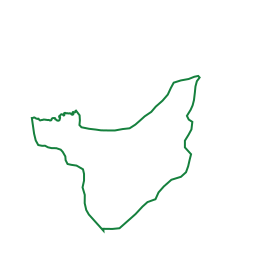 Pochon, Ryanggang, North Korea (Mercator projection), rotated 48°
{"feature_id": "82179303B51146356154870", "entity_name": "Pochon", "entity_type": "district", "adm_level": 2, "iso_a3": "PRK", "parent_name": "North Korea", "parent_adm1": "Ryanggang", "projection": "mercator", "projection_center": [128.323, 41.648], "detail": "fine", "context": "isolated", "style": "outline", "palette": "green", "viewbox_px": 256, "rotation_deg": 48, "n_neighbors": 0, "source": "geoboundaries", "source_scale": "gbopen_adm2", "svg_char_len": 3935}
<svg xmlns="http://www.w3.org/2000/svg" viewBox="0 0 256 256"><g transform="rotate(48 128 128)"><path d="M83.7,203.8L85.7,201.5L88.8,200.4L91.9,198.2L95.0,194.8L99.1,192.5L102.1,192.5L107.2,193.6L110.2,195.9L114.3,197.0L117.4,194.8L121.5,191.4L128.6,189.1L132.7,191.4L137.7,195.9L141.7,201.5L148.8,204.9L154.9,210.5L161.0,213.9L166.1,215.0L176.2,215.0L187.9,215.0L186.4,213.8L192.6,207.1L196.8,201.4L196.9,191.3L197.0,180.0L196.1,169.9L196.1,163.1L199.3,155.2L196.3,148.4L195.4,140.5L195.5,130.4L199.7,121.3L199.7,114.5L196.7,108.9L192.7,103.2L189.7,98.7L184.6,98.7L180.5,98.7L175.5,94.2L173.5,87.4L171.5,81.8L166.5,76.1L162.4,77.2L158.4,76.1L156.4,69.3L154.4,64.8L151.4,60.3L146.4,54.6L142.3,50.1L139.3,45.5L138.7,42.4L138.4,41.0L136.3,41.0L134.3,44.4L132.2,50.1L128.0,56.9L124.9,63.7L126.9,69.3L129.8,76.1L130.8,84.1L130.7,93.1L131.6,99.9L130.5,107.8L130.5,114.6L130.4,120.3L129.3,127.0L125.2,132.7L121.0,139.5L116.9,144.0L111.7,149.6L107.6,153.0L102.5,157.5L96.3,162.1L93.3,162.1L90.2,158.7L86.2,155.5L80.3,155.0L80.2,155.4L80.2,155.6L80.3,155.7L80.3,155.9L80.4,156.0L80.5,156.1L80.7,156.4L80.8,156.6L80.9,156.8L80.8,157.1L80.7,157.4L80.6,157.5L80.4,157.6L80.2,157.8L79.9,157.9L79.7,157.9L79.4,158.0L79.3,158.3L79.4,158.5L79.4,158.8L79.5,159.0L79.8,159.3L80.1,159.4L80.3,159.3L80.5,159.3L80.8,159.3L81.0,159.3L81.2,159.5L81.2,159.8L81.1,160.1L81.0,160.3L80.9,160.5L80.7,160.6L80.4,160.8L80.2,160.9L79.8,160.9L79.5,160.9L79.4,160.9L79.1,160.9L78.9,161.0L78.7,161.1L78.4,161.2L78.3,161.4L78.1,161.4L78.0,161.6L77.9,161.7L77.8,161.8L77.7,162.0L77.5,162.3L77.4,162.5L77.2,162.7L77.1,162.8L76.8,163.0L76.7,163.0L76.4,163.3L76.2,163.4L76.2,163.5L76.0,163.8L75.9,163.9L75.8,164.0L75.7,164.2L75.6,164.3L75.4,164.3L75.2,164.4L74.9,164.5L74.7,164.6L74.6,164.8L74.4,165.0L74.3,165.3L74.3,165.5L74.4,165.8L74.5,165.9L74.7,166.0L74.8,166.1L75.1,166.2L75.2,166.3L75.3,166.3L75.6,166.5L75.8,166.7L75.8,166.9L75.8,167.1L75.7,167.2L75.7,167.4L75.6,167.5L75.4,167.5L75.2,167.5L74.8,167.5L74.7,167.5L74.4,167.5L74.2,167.6L73.9,167.8L73.6,168.0L73.4,168.1L73.2,168.3L73.1,168.6L73.1,168.9L73.1,169.1L73.2,169.4L73.2,169.6L73.3,169.8L73.3,170.0L73.3,170.3L73.2,170.5L73.2,171.0L73.2,171.3L73.3,171.4L73.4,171.5L73.5,171.6L73.8,171.8L74.0,171.8L74.1,171.7L74.3,171.5L74.4,171.4L74.5,171.5L74.8,171.5L75.0,171.7L75.1,171.8L75.3,172.0L75.4,172.3L75.4,172.5L75.5,172.6L75.7,172.8L75.9,173.0L76.0,173.1L76.1,173.3L76.2,173.6L76.3,173.8L76.2,174.0L76.2,174.3L76.1,174.5L76.0,174.8L75.9,174.9L75.8,175.1L75.6,175.2L75.5,175.3L75.3,175.4L75.2,175.5L74.9,175.7L74.7,175.7L74.4,175.7L74.1,175.7L73.9,175.8L73.7,175.8L73.4,176.0L73.2,176.0L72.9,176.2L72.7,176.1L72.4,175.9L72.2,175.9L72.0,175.7L71.9,175.7L71.7,175.7L71.6,175.8L71.3,176.1L71.2,176.2L71.1,176.3L71.0,176.5L70.8,176.7L70.6,176.9L70.4,177.2L70.3,177.3L70.3,177.5L70.2,177.7L70.1,177.9L70.1,178.0L70.2,178.4L70.2,178.6L70.3,178.7L70.4,178.9L70.5,179.0L70.7,179.4L70.7,179.6L70.8,179.8L70.8,180.0L70.7,180.2L70.6,180.3L70.5,180.5L70.4,180.5L70.2,180.7L70.2,180.9L70.1,181.0L69.9,181.1L69.7,181.2L69.4,181.3L69.2,181.4L69.0,181.5L68.9,181.6L68.7,181.9L68.6,182.0L68.4,182.3L68.2,182.5L67.9,182.7L67.8,182.8L67.7,182.9L67.6,183.0L67.3,183.2L67.2,183.3L66.9,183.5L66.7,183.8L66.4,184.0L66.2,184.1L66.0,184.3L65.9,184.4L65.7,184.6L65.5,184.8L65.3,185.0L65.2,185.2L65.1,185.3L65.0,185.6L65.0,185.8L64.9,185.9L64.9,186.0L64.7,186.3L64.5,186.5L64.4,186.6L64.3,186.8L64.2,187.0L64.0,187.4L63.9,187.6L63.8,187.9L63.7,188.0L63.4,188.3L63.2,188.3L62.8,188.4L62.6,188.4L62.4,188.4L62.1,188.4L61.9,188.4L61.7,188.4L61.4,188.4L61.2,188.3L60.9,188.5L60.8,188.8L60.8,189.0L60.6,189.1L60.5,189.3L60.3,189.4L60.1,189.6L59.9,189.7L59.7,189.8L59.3,190.0L59.0,190.1L58.7,190.2L58.2,190.3L57.8,190.4L57.6,190.5L57.3,190.8L57.2,191.0L57.0,191.4L57.0,191.6L56.9,191.8L56.8,192.1L56.7,192.3L56.5,192.5L56.4,192.7L56.3,192.8L69.4,201.6L75.5,204.9L80.6,206.1L83.7,203.8Z" fill="none" stroke="#15803d" stroke-width="2"/></g></svg>